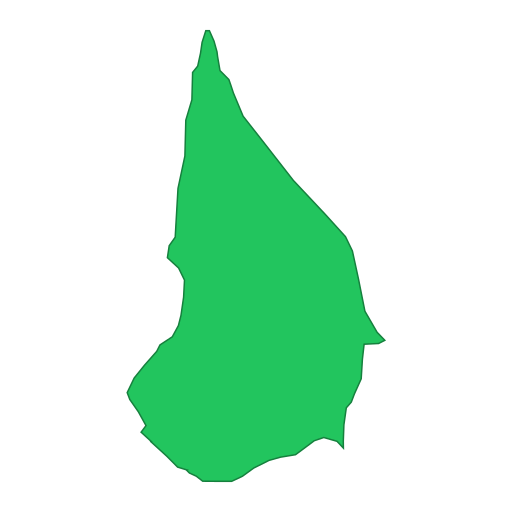 Rättvik, Dalarna, Sweden
{"feature_id": "70781695B61189370844714", "entity_name": "Rättvik", "entity_type": "district", "adm_level": 2, "iso_a3": "SWE", "parent_name": "Sweden", "parent_adm1": "Dalarna", "projection": "albers", "projection_center": [15.284, 61.217], "detail": "fine", "context": "isolated", "style": "filled", "palette": "green", "viewbox_px": 512, "rotation_deg": 0, "n_neighbors": 0, "source": "geoboundaries", "source_scale": "gbopen_adm2", "svg_char_len": 1029}
<svg xmlns="http://www.w3.org/2000/svg" viewBox="0 0 512 512"><path d="M231.0,85.7L228.9,79.6L220.0,70.6L217.6,56.7L217.0,51.8L214.0,41.1L209.4,30.7L205.8,30.7L202.1,42.3L200.5,53.3L197.7,66.1L192.6,72.4L191.9,99.8L185.8,120.2L184.9,156.0L178.0,188.4L175.2,237.2L169.2,245.7L167.4,257.7L178.6,268.0L184.5,280.1L183.6,297.2L181.0,315.3L178.4,325.6L172.3,336.8L160.0,344.9L156.7,351.4L144.6,365.1L134.2,378.0L127.2,392.6L129.8,399.5L138.3,411.7L146.0,425.6L141.1,432.2L151.4,441.6L151.0,441.8L166.9,456.3L177.6,467.1L186.7,469.9L186.4,470.0L189.4,473.0L196.3,476.2L202.7,481.2L216.6,481.3L231.7,481.3L242.5,476.2L253.8,468.0L269.0,460.4L280.3,457.2L295.5,454.7L302.4,449.6L314.3,440.7L323.8,437.5L337.0,441.3L343.4,448.1L343.3,441.2L343.9,424.8L346.3,407.8L351.3,402.1L354.4,393.9L361.2,378.8L362.4,359.3L364.1,344.2L378.6,343.5L384.8,340.3L377.1,332.3L364.9,311.2L358.6,279.6L352.4,251.0L345.5,236.7L325.1,214.2L293.4,180.5L261.9,140.1L243.1,116.2L233.4,93.0L231.0,85.7Z" fill="#22c55e" stroke="#15803d" stroke-width="1.5"/></svg>